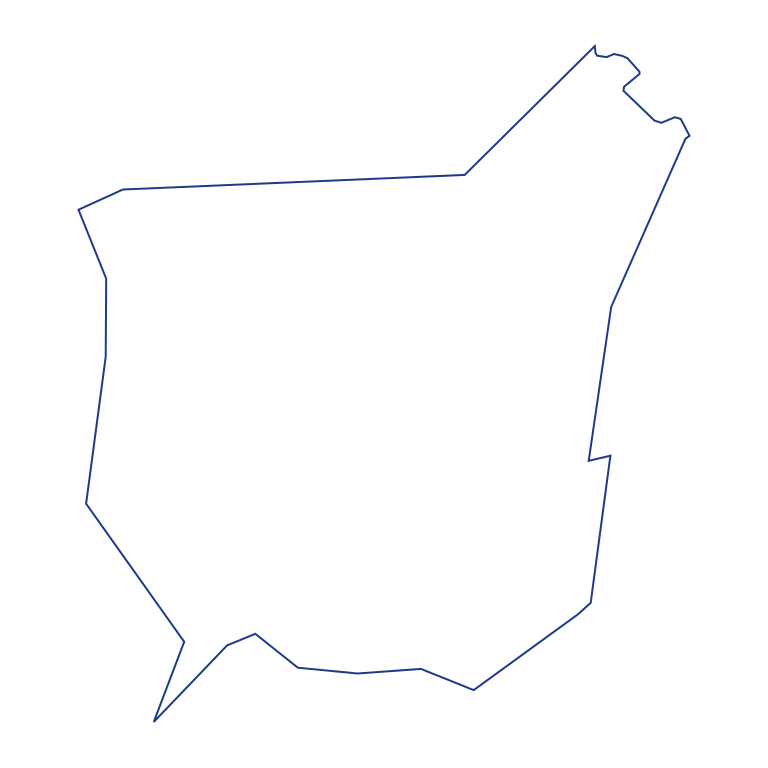 outline of Franklin, Georgia, United States of America
{"feature_id": "52423323B34949297901423", "entity_name": "Franklin", "entity_type": "district", "adm_level": 2, "iso_a3": "USA", "parent_name": "United States of America", "parent_adm1": "Georgia", "projection": "natural_earth1", "projection_center": [-83.174, 34.38], "detail": "fine", "context": "isolated", "style": "outline", "palette": "blue", "viewbox_px": 768, "rotation_deg": 0, "n_neighbors": 0, "source": "geoboundaries", "source_scale": "gbopen_adm2", "svg_char_len": 569}
<svg xmlns="http://www.w3.org/2000/svg" viewBox="0 0 768 768"><path d="M153.8,721.9L227.1,645.4L255.3,633.8L297.8,667.7L357.5,673.5L420.9,668.9L473.7,690.1L577.7,614.5L590.7,602.8L610.4,455.7L588.7,460.8L611.2,306.9L685.5,138.7L689.5,135.8L680.8,119.0L674.9,117.2L661.4,122.8L654.5,120.6L623.5,90.8L624.0,86.8L639.6,73.9L639.4,71.6L627.5,58.3L622.4,55.9L614.0,54.0L613.5,54.3L606.5,57.1L597.2,55.7L595.5,53.0L594.8,46.1L464.7,174.9L122.9,189.5L78.5,209.7L106.2,278.7L105.7,356.9L86.1,503.7L184.2,641.8L153.8,721.9Z" fill="none" stroke="#1e3a8a" stroke-width="2"/></svg>